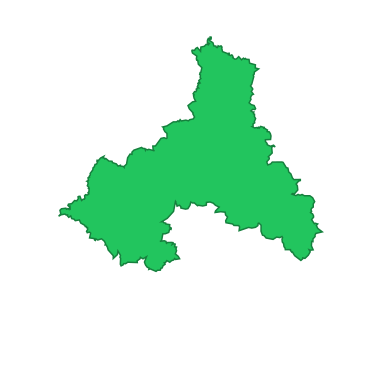 the district of Mascota, Jalisco, Mexico, rotated 326°
{"feature_id": "50627088B69459727871118", "entity_name": "Mascota", "entity_type": "district", "adm_level": 2, "iso_a3": "MEX", "parent_name": "Mexico", "parent_adm1": "Jalisco", "projection": "mercator", "projection_center": [-104.884, 20.553], "detail": "fine", "context": "isolated", "style": "filled", "palette": "green", "viewbox_px": 384, "rotation_deg": 326, "n_neighbors": 0, "source": "geoboundaries", "source_scale": "gbopen_adm2", "svg_char_len": 6048}
<svg xmlns="http://www.w3.org/2000/svg" viewBox="0 0 384 384"><g transform="rotate(326 192 192)"><path d="M283.4,229.5L284.9,225.8L283.8,224.5L284.1,218.4L283.3,217.4L275.3,212.1L272.9,212.7L270.0,211.9L270.8,208.8L274.5,207.8L275.1,207.0L274.9,205.5L280.3,204.5L283.0,199.6L284.9,199.3L286.2,201.1L285.8,198.8L282.8,198.0L281.5,196.2L280.8,194.7L281.4,193.7L281.1,191.3L282.1,189.7L286.5,192.4L288.8,189.7L289.6,187.4L289.7,185.4L288.1,183.9L289.2,182.8L287.8,179.9L288.0,179.0L287.3,179.0L287.6,178.5L285.6,176.0L283.4,176.6L283.5,175.6L282.1,175.7L282.0,174.9L279.7,173.9L278.5,171.5L279.3,171.8L280.7,169.7L282.7,169.7L283.1,168.5L285.8,166.7L285.9,164.5L287.3,162.5L286.7,161.5L288.0,160.2L287.0,159.7L286.2,157.7L288.6,157.4L290.2,158.8L291.3,158.5L291.9,155.1L290.0,152.7L289.2,150.0L292.8,148.1L292.9,147.0L294.0,145.9L295.9,145.0L297.6,145.3L297.4,141.8L299.9,140.7L300.1,140.0L299.8,136.8L301.8,136.0L307.7,130.9L308.2,129.3L309.4,129.1L310.8,127.4L316.1,127.2L313.8,124.5L315.7,122.0L311.8,117.4L313.4,114.0L311.3,112.4L310.9,111.1L310.0,111.3L309.5,109.8L307.0,110.1L306.4,105.9L303.4,106.5L301.8,105.9L300.9,103.4L301.5,103.2L301.9,101.2L301.5,100.5L300.4,100.6L299.1,98.7L300.1,98.6L300.4,97.7L298.9,97.1L295.8,92.7L297.3,88.9L297.9,88.7L297.8,87.1L295.9,86.5L295.4,85.4L293.9,86.5L293.1,85.8L293.4,84.4L291.8,83.1L292.8,80.0L291.2,75.9L291.6,75.3L293.4,75.9L294.5,74.4L293.9,73.8L293.7,74.5L291.4,73.8L289.7,74.8L288.4,76.6L289.4,78.7L288.8,78.8L288.8,77.9L288.0,77.9L287.7,78.9L286.5,77.5L283.7,78.1L280.4,76.8L277.8,80.1L277.2,75.2L275.3,75.1L273.3,76.0L271.5,74.5L270.8,74.9L270.1,77.1L272.0,82.0L270.1,84.0L269.6,85.3L270.3,85.7L270.2,86.5L268.7,89.6L269.7,94.4L266.3,97.7L265.6,97.5L264.1,98.8L264.4,99.7L262.8,101.7L262.8,102.9L260.0,103.4L259.7,105.5L259.2,104.7L257.9,105.2L258.3,105.9L257.4,105.8L257.4,106.5L255.5,107.5L255.6,109.2L254.8,108.5L254.5,109.1L253.0,109.1L253.0,110.0L251.3,111.0L250.3,110.2L247.8,111.2L248.1,112.7L247.2,112.9L246.2,115.4L245.8,118.8L242.9,117.6L237.0,118.1L236.3,121.4L237.1,127.2L236.4,127.7L236.0,131.3L233.7,132.1L230.7,130.8L228.8,131.0L227.1,129.0L222.8,127.1L222.6,125.4L220.5,126.4L220.2,125.1L218.4,125.2L215.7,123.4L208.2,123.2L204.1,121.7L204.5,122.9L203.6,123.8L203.3,126.8L204.0,129.4L201.5,133.3L200.6,133.3L199.2,131.4L196.3,130.2L187.5,133.4L185.2,132.0L183.4,135.3L183.9,136.9L180.0,132.4L178.8,132.3L177.6,130.6L176.8,131.2L177.2,129.6L175.5,128.2L175.2,126.9L167.2,124.8L164.5,125.4L163.3,127.2L161.9,125.9L157.8,127.6L153.3,132.3L150.1,132.8L149.5,133.6L149.3,132.4L147.2,130.5L147.6,129.8L145.2,129.2L145.0,126.4L142.5,123.2L142.9,121.8L140.4,119.9L139.3,116.1L138.2,115.9L138.4,115.2L137.3,113.9L138.8,113.1L135.2,112.7L132.2,113.5L131.0,112.6L130.4,113.4L131.0,113.9L128.5,115.5L127.0,114.9L125.0,116.5L123.5,116.6L122.1,118.2L117.9,119.7L117.2,121.0L115.4,121.6L115.3,122.4L113.7,122.1L112.6,124.5L110.9,124.3L111.4,125.2L110.5,127.0L108.7,128.3L109.1,130.4L108.1,131.1L108.6,131.7L106.8,134.0L105.4,134.5L105.9,135.1L105.3,135.9L103.5,136.0L102.3,134.7L100.9,135.0L99.7,137.3L98.7,137.8L97.9,137.1L95.7,137.3L96.7,132.9L95.7,132.3L94.7,132.3L94.3,133.8L91.5,134.9L89.9,133.4L85.8,134.4L82.8,133.0L81.6,133.8L81.8,134.8L83.0,135.4L81.7,137.6L81.5,136.8L80.3,137.7L80.0,136.4L78.3,136.1L78.4,134.9L74.4,132.9L72.3,133.3L71.0,136.8L67.9,137.5L70.7,137.7L74.3,139.2L74.7,140.5L76.0,141.4L75.4,141.9L75.7,144.1L78.1,144.0L77.4,146.8L79.0,148.5L79.2,150.5L83.0,152.2L82.4,155.5L84.4,159.5L84.2,161.0L85.1,161.5L84.7,162.6L85.5,163.1L84.6,164.7L82.6,165.6L82.4,167.2L84.7,168.0L85.0,169.4L81.4,172.8L84.9,175.9L84.4,177.3L84.8,178.1L86.1,177.1L87.0,179.1L90.8,180.2L91.8,183.7L91.6,186.0L90.5,187.2L91.1,187.3L91.1,190.1L90.1,193.2L91.1,200.8L89.5,203.1L95.1,202.2L97.6,199.5L97.3,204.5L95.8,205.8L95.7,207.1L92.2,211.8L91.9,213.6L94.1,213.9L95.3,213.2L96.8,214.3L99.5,214.3L107.2,219.9L108.0,218.4L111.6,218.3L112.7,217.3L114.0,220.0L118.1,220.2L113.4,223.5L112.7,226.4L112.8,229.2L113.9,231.2L113.0,232.0L114.3,232.3L117.8,237.7L119.6,237.6L122.1,239.1L123.5,237.8L124.8,238.3L126.8,236.9L129.2,236.9L129.5,235.1L130.5,235.7L132.7,234.8L134.3,237.8L136.7,237.5L138.7,238.1L140.4,237.5L140.6,238.7L144.4,240.4L144.6,237.6L143.6,234.0L146.4,232.0L146.8,230.3L148.4,229.0L146.9,227.7L148.9,225.8L147.7,224.5L146.2,224.4L147.9,223.3L146.9,222.4L143.5,220.2L142.2,220.2L142.8,218.4L141.7,216.9L137.7,214.9L138.8,215.4L140.2,214.7L144.4,210.4L146.6,211.7L150.1,212.5L152.8,210.2L153.6,211.3L154.2,210.9L154.6,210.1L153.8,208.3L155.3,206.6L152.4,203.9L152.8,203.1L151.4,201.7L151.4,200.4L150.3,199.7L156.8,200.0L165.8,197.8L173.1,190.5L173.1,191.3L171.7,192.4L172.5,193.2L171.7,195.4L174.2,195.9L174.5,198.0L173.8,199.1L177.1,202.6L179.3,203.5L183.0,201.8L185.3,199.7L186.6,201.7L187.8,202.2L188.9,206.5L190.0,206.7L193.1,209.6L196.5,210.9L198.2,208.7L201.4,210.4L203.4,213.2L204.0,216.1L206.1,219.7L200.8,220.9L199.7,221.9L204.8,224.4L208.2,227.3L207.0,229.8L207.5,232.6L203.8,234.7L203.0,236.5L207.8,241.2L208.1,243.2L212.0,246.0L211.9,247.6L209.4,250.4L219.1,253.0L221.4,255.3L224.9,256.8L227.8,256.7L229.3,255.0L230.1,255.2L230.7,258.2L227.3,263.1L226.3,267.2L227.4,268.5L227.7,271.6L232.7,276.6L237.0,276.7L239.3,278.9L241.7,279.2L241.6,280.4L240.2,281.5L238.9,284.0L239.1,285.9L237.7,288.8L237.8,290.6L237.1,292.0L241.4,294.8L240.9,295.6L241.1,297.8L241.7,297.9L241.5,302.2L244.0,309.6L246.5,309.3L247.0,308.6L248.5,310.2L253.1,309.4L256.5,307.7L256.8,305.3L257.7,306.5L260.1,307.7L260.9,303.4L263.6,299.9L264.5,300.8L266.1,298.5L269.1,297.8L269.8,296.6L271.5,295.6L277.7,297.9L275.9,292.5L276.4,289.2L278.3,288.8L276.7,286.8L275.7,286.7L275.7,281.8L278.8,280.8L279.5,279.5L279.7,277.6L278.8,275.3L280.4,274.9L280.6,273.4L282.0,272.4L284.1,272.3L285.8,269.7L288.3,268.6L288.8,264.2L287.6,261.0L283.1,258.0L281.9,255.6L279.7,255.1L278.6,253.3L276.1,253.1L273.6,249.6L274.4,249.4L276.0,250.8L280.8,249.5L282.8,245.8L282.8,243.6L286.4,242.6L288.2,243.1L288.8,242.2L283.4,238.7L283.1,236.6L284.1,232.2L283.4,229.5Z" fill="#22c55e" stroke="#15803d" stroke-width="1.5"/></g></svg>